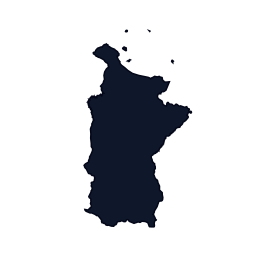 Thung Tako, Chumphon, Thailand, rotated 290°
{"feature_id": "78962969B56019548429008", "entity_name": "Thung Tako", "entity_type": "district", "adm_level": 2, "iso_a3": "THA", "parent_name": "Thailand", "parent_adm1": "Chumphon", "projection": "mercator", "projection_center": [99.077, 10.099], "detail": "fine", "context": "isolated", "style": "filled", "palette": "ink", "viewbox_px": 256, "rotation_deg": 290, "n_neighbors": 0, "source": "geoboundaries", "source_scale": "gbopen_adm2", "svg_char_len": 5857}
<svg xmlns="http://www.w3.org/2000/svg" viewBox="0 0 256 256"><g transform="rotate(290 128 128)"><path d="M185.6,151.1L184.1,148.0L183.7,146.3L184.3,145.7L184.5,144.8L185.2,143.9L187.1,142.8L186.9,140.8L187.2,139.7L186.0,138.0L185.7,135.4L185.2,135.2L184.6,134.3L183.7,134.1L183.3,133.2L182.6,132.6L182.1,132.6L181.9,132.1L182.4,131.4L182.5,129.6L181.1,120.2L180.8,113.5L182.0,108.2L183.6,104.2L184.7,100.5L185.6,98.9L186.4,97.9L187.4,97.9L188.8,95.7L190.8,93.7L191.9,93.3L192.5,94.3L193.3,94.6L194.7,94.1L195.5,92.5L196.1,92.1L196.9,89.3L197.4,88.5L197.5,85.0L198.4,81.1L198.6,80.8L199.2,80.7L199.2,80.0L199.6,78.8L198.9,78.6L198.3,77.3L197.8,76.9L196.4,76.3L195.3,76.2L195.1,75.1L192.5,72.1L189.9,71.1L188.2,71.2L187.4,69.9L186.8,69.6L185.9,70.2L185.3,72.7L184.5,73.6L184.8,74.7L184.3,75.7L184.5,77.4L184.0,81.1L183.5,82.6L182.8,83.3L182.0,85.1L181.9,86.3L180.8,87.8L179.5,88.1L179.0,88.9L178.5,89.1L178.1,89.0L177.5,88.2L176.1,87.5L172.8,86.9L169.2,87.4L165.6,89.3L163.6,89.1L161.5,89.3L157.9,87.9L157.5,88.4L157.0,89.6L156.2,89.5L155.9,90.0L155.3,89.7L154.2,90.4L152.5,93.1L152.3,92.2L152.0,92.0L151.4,92.3L150.4,92.5L150.2,91.9L149.2,92.2L149.3,91.4L150.2,90.7L148.6,89.8L148.0,88.0L146.4,87.7L145.8,88.2L145.7,87.7L145.3,87.1L145.9,87.1L145.5,86.8L146.1,86.5L146.2,86.0L146.0,85.7L145.4,85.4L145.5,85.1L146.0,85.0L145.4,84.7L145.9,84.6L145.6,83.2L145.1,83.3L144.4,82.6L143.9,82.8L143.7,82.4L143.4,82.5L143.1,82.2L142.6,82.4L142.4,82.1L141.9,82.1L141.7,81.4L141.3,81.9L141.3,81.6L141.0,81.7L140.2,81.4L139.6,81.6L138.9,81.3L139.1,81.8L138.5,81.6L138.5,82.1L138.2,82.3L137.7,82.1L137.5,82.8L137.3,82.7L137.3,82.9L136.6,83.1L136.4,82.8L135.9,83.1L136.0,83.4L135.8,83.7L134.4,84.0L134.8,84.6L134.3,84.9L134.4,85.3L133.8,85.5L133.8,86.4L133.3,86.3L133.1,86.7L132.6,86.6L132.3,87.1L132.6,87.5L132.1,88.3L131.8,88.2L131.0,88.8L130.7,88.7L130.7,88.1L130.0,88.1L129.4,88.8L128.0,89.7L127.8,90.4L127.4,90.5L127.2,90.8L126.4,90.7L126.5,91.1L125.9,91.2L125.9,91.7L125.5,92.0L125.0,92.0L124.5,92.6L123.9,92.6L123.8,93.1L123.5,92.9L123.1,93.3L122.4,92.8L120.5,92.8L119.6,92.6L119.0,92.8L118.8,93.3L116.2,93.0L114.2,93.1L109.6,95.2L105.7,96.4L101.1,98.7L97.9,99.9L96.6,101.7L95.3,102.2L94.3,102.4L90.0,102.2L87.7,101.8L86.4,102.3L84.0,102.1L82.5,102.6L79.8,100.3L77.9,99.5L77.1,100.3L76.6,100.5L75.6,101.8L75.3,102.8L71.9,106.4L71.8,107.1L72.2,108.6L71.6,109.3L71.1,110.4L71.6,112.3L69.8,113.8L66.2,114.4L65.1,113.5L64.7,112.6L63.8,112.2L62.3,113.2L61.1,113.2L60.3,113.8L60.0,114.6L59.1,115.0L56.9,115.2L56.2,114.8L55.5,115.2L50.2,114.6L49.3,115.4L48.9,117.0L48.1,117.6L46.8,118.0L46.2,118.4L44.1,118.6L42.7,120.0L42.0,120.3L40.6,120.3L39.9,119.6L38.6,119.5L38.3,118.8L37.7,118.6L36.7,117.4L37.0,116.8L36.7,115.3L36.1,115.7L35.4,117.1L35.2,121.4L35.8,122.7L35.6,126.4L35.0,128.6L35.3,129.2L35.2,130.2L32.5,134.6L31.1,135.1L30.1,135.9L30.3,137.0L30.1,137.9L30.4,138.5L30.1,139.4L29.4,140.3L29.4,141.7L30.1,143.1L30.1,145.8L30.8,148.2L31.9,148.3L33.1,149.7L34.2,150.0L35.5,149.9L36.5,150.4L37.7,152.8L38.8,153.8L38.6,156.3L39.2,157.6L39.5,157.8L41.2,158.0L41.8,159.0L41.8,159.5L40.7,161.1L40.5,166.2L42.5,168.8L43.2,169.3L43.4,171.4L43.8,172.0L45.1,172.8L46.0,176.1L45.9,178.2L45.6,179.3L42.7,181.7L42.6,182.2L43.9,186.0L44.3,186.4L45.4,186.2L47.6,185.1L49.8,185.0L50.3,185.1L50.9,185.9L51.3,186.0L51.8,185.0L53.2,183.8L54.4,182.4L55.0,182.1L55.3,180.9L56.0,181.3L58.1,181.5L59.0,181.2L64.0,182.2L69.3,182.1L70.2,182.7L70.7,184.1L71.6,184.9L72.5,185.0L74.6,184.5L77.1,183.0L79.0,182.2L80.5,178.8L84.2,177.5L86.8,174.9L88.6,173.8L89.4,172.6L89.2,172.0L90.6,170.2L92.5,168.7L92.9,168.0L93.6,167.8L94.1,168.0L94.8,167.7L95.7,168.0L96.5,167.6L96.7,167.2L97.4,167.1L99.3,167.5L101.2,166.7L102.0,165.9L103.7,165.1L103.7,163.9L104.4,163.4L104.3,163.0L104.5,162.6L106.6,161.4L107.8,160.2L109.2,159.5L110.5,159.8L111.0,160.5L111.7,160.4L112.2,160.9L112.7,160.8L113.0,161.8L113.6,162.0L113.7,162.5L114.6,162.9L115.1,162.7L115.2,163.5L116.1,163.5L116.6,164.2L117.3,164.5L117.2,164.8L117.9,164.6L119.5,164.7L120.2,165.0L120.7,165.0L121.1,165.5L122.0,165.7L122.2,166.0L122.7,165.9L123.1,165.4L123.9,166.5L124.6,166.5L125.2,166.8L125.5,166.5L126.5,166.7L127.1,166.3L127.7,166.5L128.7,166.2L129.7,166.5L130.7,166.2L131.2,166.9L131.5,166.7L132.1,166.8L132.5,166.4L133.0,166.5L133.9,167.2L134.1,168.4L135.0,169.4L135.9,169.9L136.7,169.7L137.1,170.2L137.6,169.9L137.9,170.9L138.7,170.8L139.2,171.6L139.6,171.6L140.1,172.0L140.7,171.8L141.4,172.8L144.1,173.2L145.5,174.5L146.2,176.0L146.5,176.4L148.0,176.5L149.3,177.3L150.7,177.8L152.0,177.6L154.7,179.6L158.3,180.9L159.1,180.8L159.9,179.9L159.9,179.1L160.1,178.9L161.5,179.4L162.8,179.3L163.9,180.7L163.5,181.6L163.5,182.0L164.3,182.3L165.0,181.9L165.2,181.5L164.8,179.9L164.8,179.2L165.3,178.9L166.3,179.3L166.7,179.1L166.9,178.7L166.8,177.2L168.1,175.9L166.8,174.0L166.8,169.8L166.0,168.8L166.9,165.9L166.9,165.2L166.5,164.7L165.1,164.2L164.6,163.3L164.7,162.6L165.3,161.1L164.7,158.6L165.7,157.2L165.7,156.7L165.3,156.3L164.4,156.1L162.0,156.7L161.6,156.3L161.6,155.7L162.0,152.9L164.3,151.3L165.0,150.6L165.8,146.7L166.6,145.6L167.7,144.9L168.5,144.7L170.3,144.8L170.9,145.3L171.0,146.4L171.4,147.0L172.1,146.3L172.8,147.3L173.6,147.2L174.2,148.0L174.1,148.6L174.7,149.4L176.5,150.7L185.6,151.1ZM202.2,96.5L201.3,95.7L200.7,95.9L200.1,98.1L199.9,99.4L200.2,99.9L200.8,99.8L201.4,99.0L202.1,99.2L202.6,99.0L202.7,97.8L202.6,97.2L202.8,96.6L202.2,96.5ZM206.3,147.8L206.8,146.5L206.6,146.2L205.7,146.1L205.2,146.5L204.7,147.7L205.4,147.4L206.3,147.8ZM219.2,94.1L219.4,93.8L219.2,93.0L218.6,92.7L217.8,92.7L217.7,93.3L218.4,94.2L219.2,94.1ZM191.8,105.6L191.3,105.4L191.3,105.0L190.9,104.7L191.0,105.2L190.6,105.6L191.0,106.4L191.5,106.5L191.8,105.6ZM192.8,106.9L192.9,106.3L192.5,106.1L192.5,106.6L192.8,106.9ZM226.5,115.5L226.6,114.8L226.6,114.7L226.2,115.4L226.5,115.5Z" fill="#0f172a" stroke="#020617" stroke-width="1.5"/></g></svg>